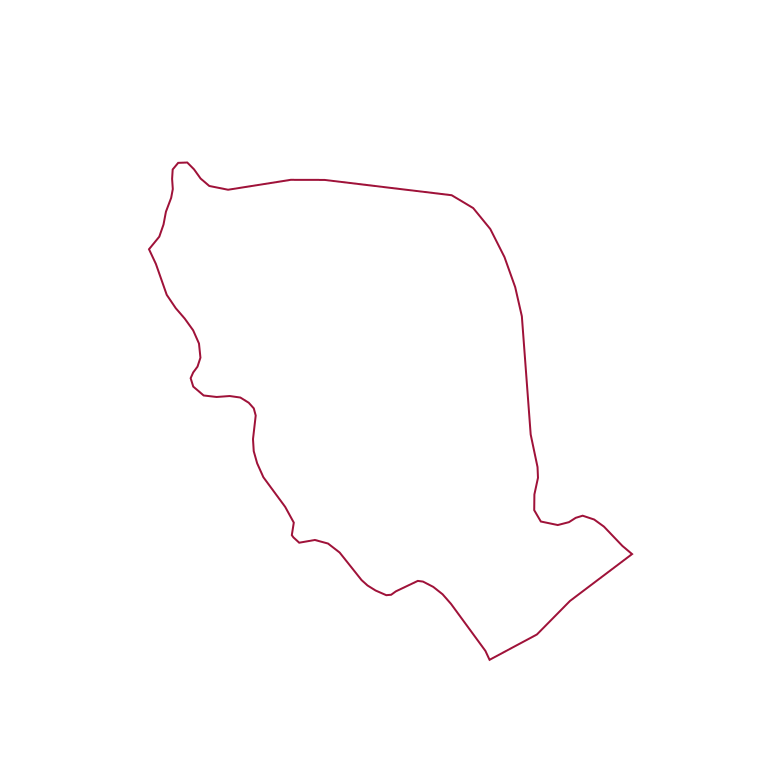 the border of Apayao, rotated 331°
{"feature_id": "PHL-2546", "entity_name": "Apayao", "entity_type": "Province", "adm_level": 1, "iso_a3": "PHL", "parent_name": "Philippines", "parent_adm1": "", "projection": "natural_earth1", "projection_center": [121.11, 18.109], "detail": "fine", "context": "isolated", "style": "outline", "palette": "rose", "viewbox_px": 768, "rotation_deg": 331, "n_neighbors": 0, "source": "natural_earth", "source_scale": "10m", "svg_char_len": 1147}
<svg xmlns="http://www.w3.org/2000/svg" viewBox="0 0 768 768"><g transform="rotate(331 384 384)"><path d="M232.9,481.7L230.4,474.2L230.1,471.5L237.9,461.5L238.0,443.6L233.3,407.1L234.6,391.9L237.5,379.6L242.7,368.7L256.5,349.4L258.3,342.2L256.6,334.8L251.8,326.2L243.2,319.7L231.3,314.2L220.7,306.6L215.9,293.8L217.7,285.2L222.7,281.4L229.3,278.4L236.2,272.0L241.8,258.9L243.1,244.5L241.4,230.1L238.6,216.7L237.2,200.7L242.7,168.4L243.8,152.2L258.9,146.2L268.5,137.6L276.8,127.6L288.1,118.0L293.8,111.1L298.1,101.9L303.2,93.9L311.2,90.8L319.3,94.9L321.9,104.1L323.2,115.4L327.2,126.1L341.8,138.5L401.4,160.2L430.8,176.6L534.7,251.7L547.3,273.4L552.1,300.0L550.9,331.4L545.7,362.9L537.4,391.6L487.8,499.3L478.0,531.1L473.2,540.7L462.0,553.5L454.2,567.2L454.5,580.3L467.6,591.6L478.8,594.5L486.8,594.0L493.9,595.5L502.1,604.4L507.2,615.3L514.0,641.2L518.5,653.0L441.5,663.9L396.3,677.2L342.6,676.4L343.3,666.6L336.0,608.8L333.3,596.3L328.7,585.3L322.3,575.7L318.1,572.6L293.9,571.1L288.1,571.8L283.6,569.8L276.5,560.5L271.9,552.2L269.3,544.6L263.5,509.9L257.7,496.4L247.9,486.9L232.9,481.7Z" fill="none" stroke="#9f1239" stroke-width="2"/></g></svg>